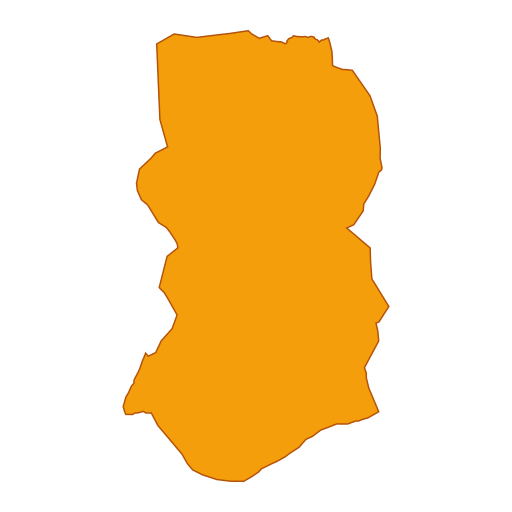 outline of Vandeikya, Benue, Nigeria
{"feature_id": "59680162B81014786719276", "entity_name": "Vandeikya", "entity_type": "district", "adm_level": 2, "iso_a3": "NGA", "parent_name": "Nigeria", "parent_adm1": "Benue", "projection": "natural_earth1", "projection_center": [9.083, 6.807], "detail": "fine", "context": "isolated", "style": "filled", "palette": "amber", "viewbox_px": 512, "rotation_deg": 0, "n_neighbors": 0, "source": "geoboundaries", "source_scale": "gbopen_adm2", "svg_char_len": 2039}
<svg xmlns="http://www.w3.org/2000/svg" viewBox="0 0 512 512"><path d="M352.3,70.3L345.9,69.6L342.5,69.5L335.4,66.9L332.5,65.5L332.4,59.8L331.9,51.5L329.8,42.4L328.3,37.9L325.8,38.8L323.9,39.6L323.1,40.1L322.0,40.0L321.5,40.0L319.9,41.5L319.2,42.1L318.2,40.5L316.8,39.6L315.9,39.4L314.4,38.2L314.3,37.4L312.9,36.7L310.9,36.4L307.7,37.5L306.1,36.7L304.6,36.5L303.3,36.8L300.8,36.7L297.5,36.6L293.5,35.8L292.2,37.3L288.8,38.7L287.0,40.8L286.9,42.7L285.4,43.8L281.2,41.8L277.9,41.7L271.6,40.8L267.7,35.7L259.2,38.3L251.3,33.7L248.3,30.7L229.7,33.5L217.5,34.9L196.8,37.4L174.1,34.0L156.7,44.0L159.9,119.5L167.6,146.9L155.4,153.1L151.2,158.0L139.5,169.1L136.5,183.2L137.4,190.6L141.4,199.7L147.7,205.0L158.4,222.5L166.4,227.5L170.1,232.3L175.3,240.2L177.3,244.1L177.8,247.9L167.1,256.4L159.2,287.6L164.3,292.7L168.0,298.8L177.1,315.0L172.1,328.7L161.2,340.9L155.7,352.6L148.3,356.2L145.6,353.1L145.0,354.9L142.3,361.2L141.5,363.6L139.6,369.0L138.2,372.1L134.1,379.9L134.0,383.2L131.4,386.2L130.0,389.3L128.6,392.5L125.9,397.1L124.6,401.8L123.2,406.5L124.5,411.3L125.8,414.4L128.5,414.4L132.5,414.5L135.2,412.9L137.9,412.9L143.3,411.4L146.0,413.0L148.7,413.0L149.2,413.0L151.4,413.0L151.9,414.1L158.0,425.7L166.0,435.1L172.3,442.6L172.9,443.3L174.0,444.6L182.0,454.1L187.4,463.6L192.7,469.9L200.7,473.9L202.1,474.7L216.8,479.5L230.3,481.2L231.5,481.2L243.7,481.3L251.8,476.6L258.6,472.0L261.3,468.9L270.7,464.2L277.5,461.1L285.6,456.5L289.6,453.4L299.1,447.2L305.9,439.4L312.9,436.1L316.3,433.4L320.7,430.1L324.8,428.6L332.8,425.5L336.9,423.9L342.3,424.0L347.6,424.0L355.7,421.0L358.4,421.0L360.0,420.4L362.5,419.4L367.9,417.9L378.7,411.7L368.8,388.1L366.3,377.8L366.3,373.0L364.4,367.7L378.7,341.0L377.8,331.1L376.0,323.1L379.0,321.8L388.8,306.5L376.7,286.7L371.9,279.0L370.6,262.7L370.4,256.8L370.2,248.0L346.7,228.0L353.8,224.7L363.2,210.8L363.8,203.9L368.7,196.1L374.6,184.4L378.9,172.0L381.5,170.0L382.0,167.6L380.1,158.3L380.3,148.2L377.6,119.9L377.3,116.2L370.0,95.8L352.3,70.3Z" fill="#f59e0b" stroke="#b45309" stroke-width="1.5"/></svg>